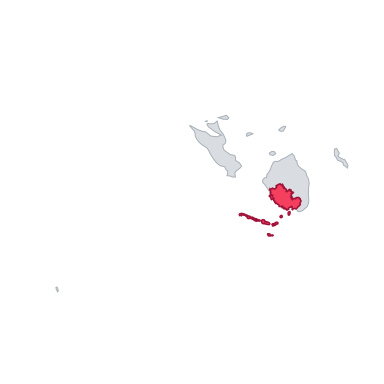 Ba, Western, Fiji shown in context, rotated 254°
{"feature_id": "14151628B98370545668292", "entity_name": "Ba", "entity_type": "district", "adm_level": 2, "iso_a3": "FJI", "parent_name": "Fiji", "parent_adm1": "Western", "projection": "robinson", "projection_center": [177.639, -17.315], "detail": "fine", "context": "in_parent", "style": "filled", "palette": "rose", "viewbox_px": 384, "rotation_deg": 254, "n_neighbors": 0, "source": "geoboundaries", "source_scale": "gbopen_adm2", "svg_char_len": 8096}
<svg xmlns="http://www.w3.org/2000/svg" viewBox="0 0 384 384"><g transform="rotate(254 192 192)"><path d="M185.5,265.4L185.5,267.5L186.7,268.4L187.9,268.6L190.9,272.5L195.5,276.0L198.3,278.6L198.5,280.8L197.6,283.2L198.8,287.5L199.4,291.9L201.4,298.8L198.5,300.2L194.0,300.3L192.9,301.6L191.4,300.9L187.6,301.4L184.0,303.7L180.6,306.8L176.6,306.8L172.2,307.5L167.7,307.0L164.6,305.4L159.1,303.6L151.7,302.0L148.7,300.7L146.2,298.7L143.8,293.6L143.4,291.0L143.8,288.6L145.9,287.8L147.7,286.5L148.0,284.9L148.8,283.8L149.8,283.4L150.3,282.6L149.6,280.0L149.4,277.7L153.7,273.3L158.3,269.6L166.5,266.2L171.6,266.5L179.3,263.9L181.7,262.6L184.2,263.4L185.5,265.4ZM256.3,208.7L250.1,215.0L247.8,218.2L245.9,221.8L240.6,225.6L238.3,230.8L238.5,236.0L243.8,230.5L249.7,226.1L251.6,225.2L253.4,225.2L253.3,226.8L252.4,228.3L251.7,232.2L253.3,235.8L248.9,235.5L244.5,235.8L239.3,237.9L234.3,238.7L232.4,238.8L230.6,238.1L229.4,237.0L228.4,234.6L227.5,234.2L223.5,234.3L217.4,239.1L215.4,243.2L213.1,243.4L210.3,242.5L207.0,245.6L203.1,246.8L201.4,244.1L200.3,240.9L198.8,238.5L194.5,237.9L195.2,235.0L196.3,233.8L197.4,232.0L198.0,230.1L200.1,231.3L202.3,232.1L204.6,230.6L207.1,230.5L209.6,226.2L213.5,223.5L218.9,221.4L224.4,219.9L227.2,219.5L229.9,218.7L234.7,214.6L237.9,212.5L241.3,211.3L244.6,210.5L247.6,211.2L250.1,210.9L256.3,208.0L256.3,208.7ZM194.0,340.9L194.0,343.0L188.7,344.3L186.9,342.6L185.8,342.3L182.6,345.3L181.7,346.5L181.4,347.4L180.6,347.9L174.8,349.3L172.3,347.9L174.0,346.9L176.1,345.0L178.2,345.3L180.4,343.5L182.5,340.7L185.5,340.1L187.7,339.1L191.2,339.8L194.0,340.9ZM256.2,246.2L253.2,247.9L252.0,246.2L253.4,242.0L256.2,237.8L256.2,241.2L256.2,246.2ZM229.4,299.9L229.0,300.2L225.4,296.5L225.6,295.0L226.2,293.6L227.6,292.4L228.9,294.5L229.9,298.1L229.4,299.9ZM208.0,282.3L205.9,283.1L204.7,280.2L206.3,277.3L208.1,277.1L209.0,280.0L208.0,282.3ZM232.4,265.2L231.1,266.5L230.4,260.0L231.8,260.0L232.9,260.7L233.5,262.3L232.4,265.2ZM142.6,254.8L140.4,255.6L141.6,251.9L142.8,250.7L143.5,250.4L144.7,250.2L144.3,252.8L142.6,254.8ZM137.8,36.0L136.2,36.5L133.6,36.1L133.0,35.3L133.9,35.2L135.6,34.7L137.7,34.9L138.0,35.4L137.8,36.0ZM256.3,226.2L255.8,226.3L255.7,225.4L256.3,223.8L256.3,226.2Z" fill="#d9dde1" stroke="#a8b0b8" stroke-width="1"/><path d="M172.5,267.1L171.5,267.9L171.3,268.0L171.0,267.7L169.7,267.6L169.6,267.4L169.0,267.1L168.6,267.1L167.8,266.8L167.9,267.4L167.5,267.5L166.7,268.5L166.6,268.2L166.1,268.1L166.6,267.9L166.9,267.3L166.9,266.6L167.2,265.5L167.0,265.2L166.6,265.2L166.0,265.7L165.5,265.8L165.1,266.1L163.2,266.1L162.7,266.5L163.8,268.4L163.6,268.5L163.4,269.0L162.6,268.7L162.2,268.3L161.4,268.2L160.9,268.3L160.6,268.6L160.5,269.0L159.9,268.8L159.6,269.2L159.1,268.8L158.7,269.1L158.0,269.2L158.2,269.9L157.9,270.3L157.7,270.3L157.6,270.6L157.4,270.7L157.0,270.6L156.5,270.9L156.4,271.2L156.5,271.4L156.2,271.7L155.6,271.9L155.1,271.9L154.9,272.1L154.6,271.8L154.1,271.8L153.7,272.6L153.5,273.5L153.3,273.7L153.7,274.8L153.3,275.1L152.9,275.2L152.6,274.9L152.3,274.3L152.1,274.3L151.9,274.9L152.2,275.3L152.0,275.8L151.8,276.2L151.2,276.4L151.1,276.5L150.9,276.3L150.9,276.7L150.7,277.1L150.1,277.4L150.0,277.8L149.5,277.7L149.4,278.1L149.2,278.3L149.0,277.8L148.8,277.8L148.4,278.7L148.7,279.0L148.6,280.1L149.7,280.3L150.3,281.0L150.2,282.2L150.4,282.7L150.8,283.5L150.3,284.1L149.6,284.3L149.6,284.5L149.6,284.3L149.3,283.9L148.8,284.1L148.7,284.4L148.7,284.0L147.9,284.1L147.9,286.4L147.2,287.2L147.2,287.7L147.6,288.6L148.4,289.6L148.5,289.9L148.7,290.1L149.0,290.8L149.0,291.0L149.2,291.3L149.2,291.5L149.5,291.7L149.6,292.0L150.0,292.6L150.4,292.8L150.8,292.5L151.3,292.6L152.1,293.2L152.3,293.6L152.5,293.7L152.6,293.9L152.9,294.1L153.3,294.0L153.5,294.3L154.8,294.1L155.2,293.8L155.5,293.8L155.6,294.1L155.9,294.1L156.2,293.4L156.7,293.5L157.1,293.3L157.2,293.0L157.4,292.9L157.6,292.3L157.4,291.7L157.6,291.3L157.9,291.0L157.6,290.1L157.4,290.1L156.9,289.8L157.0,289.3L157.2,289.0L157.4,289.0L157.4,288.6L157.6,288.5L157.8,288.0L157.7,287.8L157.8,287.1L157.6,286.8L157.4,286.9L156.9,286.5L157.1,286.2L157.3,286.6L157.5,286.4L158.3,286.3L158.5,286.1L159.0,286.7L159.9,286.6L160.2,286.8L160.3,286.7L160.2,286.3L160.0,285.9L159.5,285.8L159.6,285.6L160.0,285.5L160.6,286.1L161.1,286.2L161.3,286.5L161.9,286.6L162.2,287.0L162.4,286.8L162.7,287.1L163.0,287.0L163.0,288.7L163.4,288.9L163.8,288.8L163.9,289.1L164.3,288.6L164.0,288.1L164.4,288.0L164.6,288.1L164.8,287.9L164.8,288.1L165.0,288.0L165.3,287.8L165.5,287.3L166.1,287.6L166.7,287.6L166.5,286.6L166.9,286.6L167.3,286.9L167.5,286.7L167.4,286.5L167.6,286.5L167.6,286.2L167.5,285.8L167.1,285.4L166.8,285.3L166.7,285.1L166.6,284.3L166.3,283.8L166.5,283.7L166.4,283.5L166.3,283.4L166.2,283.0L166.3,282.7L166.9,282.7L167.5,283.3L168.0,283.5L168.2,283.2L168.8,283.2L169.3,282.9L169.5,282.6L169.8,282.5L169.8,282.1L169.7,281.2L169.8,281.4L170.1,281.3L170.3,281.8L170.6,282.0L171.1,282.1L171.4,282.0L171.3,281.3L171.6,281.1L172.0,281.1L172.1,280.9L172.1,280.7L172.3,280.6L173.0,280.6L173.3,280.6L173.2,281.0L173.4,281.1L173.4,281.4L174.4,281.1L174.1,280.7L174.3,280.5L174.2,280.2L174.4,279.6L174.9,279.5L175.3,279.2L174.9,278.8L175.7,278.1L175.2,276.3L174.9,276.2L175.1,275.3L174.7,274.9L174.7,274.7L174.1,274.9L173.5,274.7L173.3,274.8L173.2,274.6L173.4,274.1L172.5,273.7L172.2,272.9L172.2,272.4L172.3,272.3L172.2,271.7L173.5,270.6L173.6,270.3L173.4,269.9L173.1,269.8L173.1,268.5L173.4,268.0L173.6,267.9L173.1,267.6L173.1,267.4L172.5,267.1ZM145.3,253.7L145.7,253.1L145.9,252.2L145.8,251.6L145.3,251.0L144.2,250.7L142.8,250.9L142.4,251.1L142.0,251.6L142.0,252.3L141.7,252.6L141.7,253.0L141.0,253.8L140.2,255.2L140.0,255.8L139.5,256.7L139.4,257.4L139.7,257.9L140.2,258.1L141.2,257.7L142.4,256.3L142.6,255.3L143.0,255.3L143.2,253.9L144.1,254.1L144.6,254.1L145.3,253.7ZM158.0,232.4L157.8,231.7L157.4,231.3L156.4,231.2L156.1,231.4L156.1,232.7L155.6,232.9L155.9,233.7L156.3,234.1L156.1,234.6L155.4,235.4L155.3,235.9L154.9,236.6L154.3,236.9L152.5,238.2L151.9,238.1L151.5,238.2L151.1,238.5L150.8,239.1L150.7,240.3L150.9,240.7L151.3,240.7L152.2,241.2L152.7,241.0L152.8,240.2L153.4,240.0L153.4,239.4L153.5,239.2L154.1,238.9L154.9,238.2L154.9,237.9L155.0,237.4L155.3,237.0L155.5,237.1L156.1,236.7L157.0,235.3L157.7,234.0L157.7,233.3L158.0,232.4ZM130.6,253.0L129.8,253.2L129.2,253.1L128.9,253.2L128.7,253.6L128.1,255.1L128.2,256.3L127.7,257.1L127.7,257.7L127.8,258.0L128.1,258.0L128.7,257.3L128.6,255.8L129.2,255.4L130.0,255.4L130.6,254.6L130.9,253.2L130.6,253.0ZM151.5,242.2L151.3,241.2L151.0,240.8L150.6,240.9L149.9,241.8L149.7,242.6L149.0,242.6L148.6,243.8L148.8,244.2L149.2,244.7L149.6,244.8L150.4,243.8L151.1,243.3L151.5,242.2ZM146.2,280.7L146.2,279.6L146.0,279.0L145.4,278.6L144.5,278.4L143.4,278.3L143.2,278.5L143.0,278.8L143.2,279.4L143.8,280.0L145.5,280.7L146.2,280.7ZM139.1,260.7L139.2,260.4L138.7,260.0L138.3,260.5L137.8,260.8L137.5,260.7L137.5,260.2L137.3,260.0L137.1,260.1L136.9,260.5L137.2,260.9L137.1,261.5L137.0,262.4L137.2,263.2L137.4,263.2L138.0,262.6L138.3,263.1L138.6,263.1L138.8,262.8L139.1,261.7L139.3,261.3L139.1,260.7ZM139.3,265.7L139.6,265.3L139.7,263.7L139.2,263.1L138.5,263.1L137.9,263.6L137.7,264.1L137.7,264.7L137.8,265.8L138.9,266.1L139.3,265.7ZM144.8,271.8L144.9,271.1L144.6,270.3L143.8,269.7L142.8,270.3L142.7,270.9L143.0,271.7L144.0,272.1L144.8,271.8ZM147.7,246.9L147.4,246.6L147.5,246.4L147.9,246.1L147.8,245.3L147.3,244.9L146.7,244.9L146.1,246.0L146.1,247.1L146.3,247.2L146.7,247.0L147.2,247.2L147.7,246.9ZM146.1,249.6L146.6,249.0L146.6,248.6L146.8,248.2L147.3,248.0L147.4,247.6L147.2,247.3L146.6,247.3L146.5,247.6L146.2,247.8L146.1,248.1L145.5,248.4L145.4,248.7L145.6,249.6L146.1,249.6ZM148.5,246.6L148.8,246.1L148.8,245.3L148.5,245.1L148.2,245.0L147.9,245.5L148.2,245.8L148.0,246.3L148.0,246.5L148.5,246.6ZM147.9,244.9L148.1,244.0L147.9,243.9L147.6,243.9L147.4,244.3L147.4,244.7L147.9,244.9ZM147.7,284.0L148.0,283.9L148.0,283.6L147.9,283.4L147.3,283.6L147.3,283.9L147.7,284.0ZM151.0,275.9L151.3,275.6L151.3,275.4L151.1,275.4L150.8,275.7L150.7,275.8L151.0,275.9ZM150.8,276.5L150.9,276.3L150.7,276.4L150.8,276.5Z" fill="#f43f5e" stroke="#9f1239" stroke-width="1.5"/></g></svg>